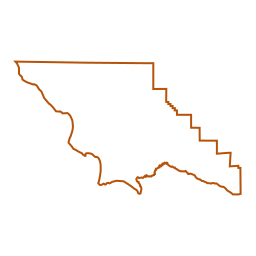 the district of San Luis Obispo, California, United States of America
{"feature_id": "52423323B67227670427960", "entity_name": "San Luis Obispo", "entity_type": "district", "adm_level": 2, "iso_a3": "USA", "parent_name": "United States of America", "parent_adm1": "California", "projection": "orthographic", "projection_center": [-120.239, 35.346], "detail": "fine", "context": "isolated", "style": "outline", "palette": "amber", "viewbox_px": 256, "rotation_deg": 0, "n_neighbors": 0, "source": "geoboundaries", "source_scale": "gbopen_adm2", "svg_char_len": 4800}
<svg xmlns="http://www.w3.org/2000/svg" viewBox="0 0 256 256"><path d="M15.4,61.6L17.0,63.4L17.9,65.4L19.0,67.9L19.0,73.7L20.2,75.4L21.2,76.1L22.0,77.2L22.5,79.5L24.0,80.6L26.6,82.1L33.2,84.5L34.0,84.2L36.6,85.4L39.4,89.7L40.6,90.6L41.5,91.7L44.3,98.2L49.3,104.0L50.1,104.3L53.4,107.8L56.0,111.3L59.3,111.6L60.1,111.4L61.7,112.4L62.3,113.2L62.8,113.4L67.5,113.1L68.8,114.1L70.3,115.9L72.1,119.9L72.5,121.4L72.9,126.2L72.8,128.2L72.3,131.1L70.7,136.0L69.6,138.4L68.6,141.9L68.6,142.8L71.5,146.1L73.5,148.9L74.6,149.3L79.6,152.2L81.9,153.2L82.8,154.5L85.0,155.9L85.5,155.8L85.4,154.5L85.7,153.7L86.4,153.3L88.2,153.2L90.6,153.5L91.8,154.0L92.4,154.3L93.9,155.8L95.3,156.9L96.1,157.1L96.8,156.9L98.2,157.7L99.0,158.9L100.0,161.3L100.6,164.5L100.7,168.0L100.7,170.5L100.2,174.7L99.4,179.1L98.3,183.3L98.6,183.6L99.4,184.6L100.7,185.1L100.9,185.0L101.3,184.9L103.8,183.6L104.1,183.8L104.9,184.5L105.4,184.5L106.2,184.1L106.9,183.1L108.2,182.9L108.4,182.9L109.2,183.2L109.7,183.4L109.9,183.3L110.5,182.9L111.0,182.6L112.1,181.9L116.2,180.8L118.7,180.9L121.9,181.2L122.6,181.2L123.2,181.3L123.8,181.4L124.2,181.6L125.0,182.2L125.8,182.7L126.9,183.4L127.9,184.0L128.1,184.2L131.3,186.3L133.9,188.4L134.2,188.6L134.7,189.0L135.6,189.4L136.3,189.9L137.2,190.7L137.5,191.2L137.6,191.5L138.0,192.7L138.4,193.4L138.8,193.6L139.4,193.8L140.1,193.5L140.4,193.5L140.6,193.2L140.6,192.9L140.8,191.5L141.0,191.2L141.4,189.3L141.2,187.5L140.9,186.9L140.2,186.4L140.0,185.8L140.3,185.3L139.9,184.4L138.6,183.0L138.6,182.0L137.9,181.7L137.7,181.8L137.2,181.5L136.8,180.8L136.3,179.1L136.8,178.2L137.5,177.3L137.6,177.2L137.9,177.2L139.1,178.1L141.4,177.5L142.9,177.9L144.2,176.6L144.9,176.1L145.0,175.9L145.2,175.7L145.3,175.7L145.4,175.9L145.3,176.0L145.3,176.6L145.4,176.9L145.7,177.0L145.8,176.8L146.1,176.3L146.2,175.7L146.3,175.4L146.6,175.2L146.8,175.4L147.1,176.0L147.5,176.2L147.8,176.3L148.2,176.2L148.5,176.2L148.7,176.4L148.7,176.5L148.9,176.6L149.2,176.5L149.4,176.3L149.9,176.4L150.2,176.5L150.7,176.3L151.1,176.5L151.4,176.4L151.4,176.1L151.5,176.1L151.9,176.0L152.2,175.5L152.6,175.3L153.2,175.3L153.7,175.2L154.0,175.1L154.0,174.9L154.2,174.4L154.6,174.2L154.9,174.1L154.8,173.7L154.7,173.6L154.7,173.3L154.8,173.2L154.6,172.9L154.4,172.4L154.7,171.9L155.0,171.4L155.1,170.7L155.7,170.3L155.9,170.1L155.8,169.9L155.8,169.5L155.7,169.4L155.8,169.2L155.9,169.3L156.1,169.2L156.3,168.9L156.5,168.6L156.8,168.5L157.2,168.4L157.6,168.3L157.9,168.1L158.0,168.0L158.0,167.8L158.3,167.5L158.5,167.6L158.7,167.4L158.8,167.2L159.0,167.2L159.2,167.3L159.6,167.4L159.7,167.2L159.8,166.9L159.6,166.8L159.4,166.8L159.2,166.7L159.3,166.4L159.5,166.3L159.7,166.2L159.4,165.7L159.6,165.5L159.8,165.7L160.0,165.7L160.3,165.3L160.5,165.3L160.8,165.6L161.1,165.6L161.1,165.8L161.0,166.1L161.4,166.2L161.5,166.0L161.4,165.6L161.6,165.3L161.7,165.1L161.8,164.9L161.9,165.1L162.1,165.2L162.4,165.1L162.5,164.8L162.4,164.6L162.4,164.3L162.6,164.2L162.8,163.9L162.9,164.1L163.2,164.4L163.6,164.3L163.8,164.0L163.7,163.9L163.9,163.6L164.2,163.7L164.3,163.7L164.4,163.4L164.4,163.2L164.6,162.9L164.8,163.1L164.8,163.3L164.9,163.5L165.1,163.4L165.1,163.2L165.3,163.0L165.6,162.8L166.3,162.9L166.7,162.7L167.1,162.8L167.0,163.1L166.7,163.4L166.6,163.5L166.4,163.5L166.6,163.8L166.8,164.0L167.5,164.2L168.0,164.3L168.1,164.6L168.4,165.1L169.4,165.7L169.5,165.9L171.4,166.9L172.2,166.5L173.8,167.5L174.1,167.7L174.8,167.5L175.1,168.1L175.3,168.5L176.7,169.0L177.2,169.6L178.7,170.4L178.8,170.5L179.4,170.9L180.5,171.2L181.5,171.4L181.9,171.2L182.1,171.3L182.9,171.3L183.3,171.3L183.8,171.4L184.4,171.4L184.7,171.3L185.3,171.0L185.6,170.9L185.8,171.4L186.2,171.8L187.1,172.5L187.4,172.6L187.6,172.9L187.5,173.1L187.7,173.6L188.0,173.9L188.2,174.0L188.6,173.9L189.0,174.1L189.6,173.9L189.9,173.7L190.4,173.6L190.7,173.7L191.7,174.0L192.1,174.3L192.4,174.3L193.2,174.7L194.0,174.9L194.9,175.6L195.3,176.4L195.5,177.0L196.0,177.3L197.1,178.5L198.1,178.9L199.1,179.4L199.8,179.3L200.2,179.7L200.9,180.0L201.6,180.8L202.0,181.0L203.1,181.0L205.1,182.0L206.4,182.4L207.3,183.2L209.6,183.2L210.1,183.3L211.1,183.6L211.7,183.3L212.2,183.1L213.2,183.0L215.3,183.6L216.2,183.4L216.9,183.7L218.7,185.1L219.7,186.1L220.5,186.3L221.0,186.3L221.7,186.7L222.4,186.9L223.3,186.7L224.3,187.4L225.6,188.5L226.3,189.2L226.6,189.8L227.4,190.5L228.7,191.4L229.9,192.0L231.5,193.2L232.1,193.7L232.9,194.4L233.0,194.4L238.5,194.4L240.6,193.9L240.4,167.9L238.3,167.9L238.3,165.8L229.8,166.4L230.6,152.8L228.4,152.8L216.9,153.7L216.9,140.7L199.7,140.6L199.6,127.8L191.1,127.7L191.1,114.8L187.0,114.8L177.0,114.8L176.9,110.4L174.7,110.4L174.9,108.2L172.6,108.2L172.6,106.0L170.5,106.0L170.5,104.0L168.3,104.0L168.4,102.0L166.2,101.9L166.3,88.9L153.3,89.0L153.3,63.2L150.9,63.2L146.5,63.2L86.7,62.7L15.4,61.6Z" fill="none" stroke="#b45309" stroke-width="2"/></svg>